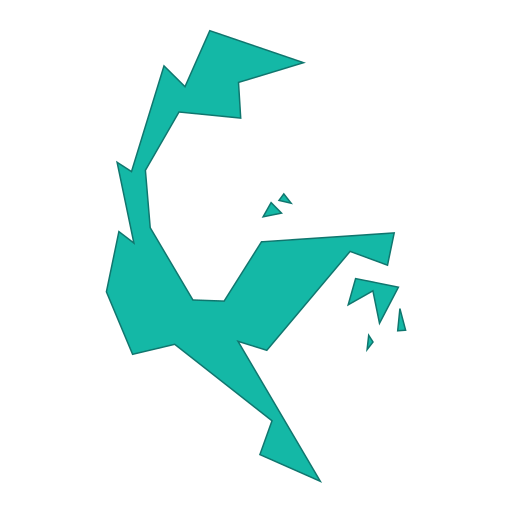 the Province of Sulawesi Tengah
{"feature_id": "IDN-557", "entity_name": "Sulawesi Tengah", "entity_type": "Province", "adm_level": 1, "iso_a3": "IDN", "parent_name": "Indonesia", "parent_adm1": "", "projection": "equal_earth", "projection_center": [121.786, -0.946], "detail": "coarse", "context": "isolated", "style": "filled", "palette": "teal", "viewbox_px": 512, "rotation_deg": 0, "n_neighbors": 0, "source": "natural_earth", "source_scale": "10m", "svg_char_len": 732}
<svg xmlns="http://www.w3.org/2000/svg" viewBox="0 0 512 512"><path d="M240.7,118.1L179.0,112.0L145.4,170.3L150.2,227.7L192.9,300.0L224.1,301.1L261.5,241.8L394.2,232.9L387.5,265.2L350.1,251.4L266.8,350.3L238.0,341.3L320.3,481.3L259.9,454.6L272.0,420.8L174.7,344.3L132.6,354.3L106.4,291.8L118.9,231.6L133.9,243.1L117.1,162.3L131.5,171.6L164.0,65.9L185.0,86.7L209.8,30.7L303.5,62.7L238.5,82.4L240.7,118.1ZM398.4,287.2L379.5,323.3L372.9,290.8L348.2,304.8L355.6,278.6L398.4,287.2ZM399.9,308.6L405.6,330.2L397.7,330.8L399.9,308.6ZM271.1,202.6L281.5,213.1L263.1,216.8L271.1,202.6ZM283.8,193.9L291.1,203.2L279.0,200.4L283.8,193.9ZM368.7,335.3L373.0,342.0L367.1,349.6L368.7,335.3Z" fill="#14b8a6" stroke="#0f766e" stroke-width="1.5"/></svg>